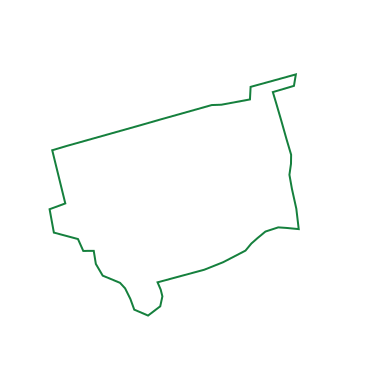 the district of Ivoti, Rio Grande do Sul, Brazil, rotated 246°
{"feature_id": "56859067B24346229110666", "entity_name": "Ivoti", "entity_type": "district", "adm_level": 2, "iso_a3": "BRA", "parent_name": "Brazil", "parent_adm1": "Rio Grande do Sul", "projection": "natural_earth1", "projection_center": [-51.164, -29.585], "detail": "fine", "context": "isolated", "style": "outline", "palette": "green", "viewbox_px": 384, "rotation_deg": 246, "n_neighbors": 0, "source": "geoboundaries", "source_scale": "gbopen_adm2", "svg_char_len": 702}
<svg xmlns="http://www.w3.org/2000/svg" viewBox="0 0 384 384"><g transform="rotate(246 192 192)"><path d="M285.0,96.5L287.0,81.3L233.1,71.6L234.2,54.9L211.1,49.3L195.4,68.7L182.4,68.7L178.2,78.3L165.4,74.9L151.9,76.4L138.3,89.3L131.2,91.7L119.4,92.2L108.0,91.4L97.0,101.6L100.5,116.5L108.7,122.5L115.6,123.7L123.5,123.8L116.0,171.6L115.2,191.8L116.7,217.0L120.8,225.3L123.3,233.3L126.0,243.0L124.6,256.4L120.8,263.6L114.7,274.4L134.3,280.5L154.4,284.6L168.1,288.0L177.5,293.9L185.7,297.7L201.6,299.8L221.0,302.6L238.0,304.9L250.4,306.5L247.5,328.3L257.2,334.7L264.2,288.3L253.0,282.6L259.8,254.3L263.4,245.4L271.1,192.6L273.8,173.3L285.0,96.5Z" fill="none" stroke="#15803d" stroke-width="2"/></g></svg>